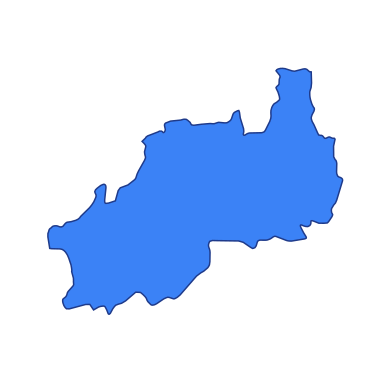 map outline of Uruzgan (Robinson projection), rotated 168°
{"feature_id": "AFG-1752", "entity_name": "Uruzgan", "entity_type": "Province", "adm_level": 1, "iso_a3": "AFG", "parent_name": "Afghanistan", "parent_adm1": "", "projection": "robinson", "projection_center": [66.006, 32.797], "detail": "fine", "context": "isolated", "style": "filled", "palette": "blue", "viewbox_px": 384, "rotation_deg": 168, "n_neighbors": 0, "source": "natural_earth", "source_scale": "10m", "svg_char_len": 4737}
<svg xmlns="http://www.w3.org/2000/svg" viewBox="0 0 384 384"><g transform="rotate(168 192 192)"><path d="M312.8,97.1L315.3,103.3L319.5,104.1L336.3,103.2L339.1,103.9L340.1,105.4L340.9,107.5L341.3,110.4L341.2,112.3L340.8,113.6L340.3,114.2L337.5,115.6L336.6,116.4L335.9,117.3L334.8,119.4L333.8,120.5L328.1,124.7L327.4,125.4L327.0,126.1L326.9,126.7L326.6,129.0L326.4,129.6L325.9,132.4L326.2,137.9L326.2,139.4L325.8,140.4L325.6,142.7L325.5,145.9L326.3,152.9L327.0,156.4L328.2,159.5L329.5,161.5L331.0,162.9L333.0,163.8L341.0,165.7L342.9,166.4L342.3,178.0L342.0,179.4L341.5,181.5L340.8,182.5L339.7,184.6L339.0,185.4L338.1,185.9L337.3,186.2L336.1,187.0L335.3,187.4L334.2,187.5L332.9,187.4L331.6,187.1L330.6,186.7L328.9,185.6L327.4,185.0L325.5,185.2L322.6,187.5L321.5,188.1L320.5,188.4L316.4,188.1L311.4,188.5L309.1,189.1L307.2,190.1L306.1,191.2L295.4,198.0L292.6,200.3L290.0,202.9L287.4,206.5L286.9,207.4L286.6,208.3L286.5,209.2L287.0,211.5L287.0,212.6L285.9,214.2L284.0,215.4L280.1,217.3L278.0,217.8L276.5,217.9L275.9,217.5L275.5,217.1L275.3,216.8L275.1,216.2L275.1,215.3L275.3,214.0L279.0,202.6L279.4,200.9L279.4,199.8L279.2,199.2L278.7,198.8L276.1,198.5L268.8,199.3L263.9,208.7L261.3,211.0L253.2,212.2L245.3,216.1L244.0,217.4L242.0,220.9L239.9,223.7L231.8,232.9L230.4,235.0L230.2,236.2L230.3,237.6L230.3,239.3L230.1,241.2L228.1,245.3L227.7,246.4L227.7,247.2L228.2,248.4L228.8,249.5L230.3,251.9L226.3,254.4L225.5,255.3L223.7,256.1L212.9,257.8L211.1,258.3L209.2,257.9L208.5,257.2L208.1,256.5L207.8,256.1L207.2,256.1L206.4,256.5L205.5,257.7L205.1,258.8L205.1,259.9L205.1,262.0L205.1,262.5L205.0,263.2L204.6,264.1L203.6,264.9L198.2,265.8L188.1,264.7L185.4,264.9L183.9,264.7L182.4,264.2L181.2,262.9L179.4,260.5L179.2,259.8L178.8,258.4L178.5,257.8L176.4,256.9L168.7,256.3L160.0,255.2L157.3,254.4L156.0,254.2L152.2,254.6L151.4,254.6L146.0,252.9L144.6,252.6L143.4,252.5L141.7,253.0L140.1,253.7L139.3,254.2L138.7,254.8L138.1,255.5L136.1,258.9L135.5,259.8L134.8,260.5L134.0,261.0L133.2,261.3L130.5,262.0L129.8,262.0L129.3,262.0L129.1,261.2L129.0,259.9L129.4,254.4L128.4,243.2L128.7,240.7L129.3,239.0L129.7,238.2L129.8,237.5L129.5,236.8L129.0,236.7L128.6,236.6L125.8,237.6L123.7,237.8L111.6,235.5L110.2,235.6L109.1,235.8L108.8,236.0L108.3,236.3L107.2,237.4L101.3,244.8L99.6,247.7L98.9,249.9L98.4,253.1L97.8,255.4L96.3,258.2L95.0,259.8L93.8,260.9L93.1,261.3L90.7,262.1L87.9,263.6L87.4,264.0L87.0,264.5L86.8,265.7L86.7,267.6L87.1,271.8L88.1,275.9L88.1,276.7L87.2,277.5L85.6,278.4L85.0,278.9L84.7,279.2L84.4,279.6L84.2,280.4L83.3,283.8L82.8,284.8L82.2,285.7L81.9,286.1L81.9,287.1L82.0,287.9L84.6,293.1L83.6,294.0L82.2,294.4L79.9,294.5L77.7,294.1L75.3,293.3L69.0,289.7L66.5,288.8L57.7,289.2L55.8,289.0L54.3,288.2L52.0,285.2L50.4,284.7L52.4,273.8L53.8,269.4L55.3,266.8L55.9,265.7L56.2,264.6L56.7,262.0L56.9,260.1L56.9,257.6L56.5,253.4L56.0,251.2L55.5,249.6L55.1,248.9L55.0,248.1L55.2,247.1L56.0,245.6L58.5,242.6L59.8,240.3L60.1,238.7L59.8,236.0L58.7,232.3L56.8,223.4L56.2,221.4L54.3,220.6L53.6,220.5L52.9,220.0L52.2,219.1L51.5,217.6L50.9,216.9L49.8,216.7L47.3,217.3L46.6,217.3L45.8,217.1L44.2,215.9L43.0,215.2L41.8,215.1L41.3,214.4L41.1,213.9L44.0,207.4L46.1,196.9L45.7,195.6L45.3,193.9L44.7,193.1L44.5,192.3L44.4,191.2L44.5,189.6L46.4,181.7L46.6,180.0L46.5,178.9L46.3,178.0L46.1,177.1L45.6,176.6L45.0,176.0L43.6,175.2L43.0,174.6L42.5,174.0L42.2,173.3L42.2,172.5L42.4,171.7L52.2,153.9L54.0,151.4L56.0,149.9L58.9,146.8L59.5,145.2L59.6,144.1L59.7,143.1L59.6,142.4L59.1,140.8L59.5,139.8L60.4,138.6L64.1,135.0L65.4,134.0L66.2,133.6L69.3,134.0L74.4,135.1L79.2,138.3L80.6,139.0L81.5,139.0L81.9,138.1L82.2,136.8L82.8,135.6L83.8,134.7L85.9,134.1L87.8,134.6L89.6,135.5L91.8,137.0L92.7,137.1L93.1,136.4L92.9,134.7L91.3,128.9L89.8,124.8L89.6,123.9L90.0,123.0L91.4,122.7L104.7,123.3L106.5,123.7L108.1,124.2L109.6,124.9L119.3,131.2L120.5,131.5L121.6,131.3L125.0,129.9L126.7,129.6L128.6,129.4L130.1,129.6L135.6,130.8L136.8,130.7L137.8,130.3L138.5,129.5L140.4,126.0L142.0,124.5L143.5,124.2L144.5,124.2L146.1,125.6L152.3,132.1L156.5,134.4L177.1,139.1L182.1,140.3L184.7,140.1L185.5,139.4L186.2,138.3L186.9,136.8L187.1,135.4L187.0,134.0L186.8,132.6L186.7,131.1L186.9,129.2L189.0,120.1L190.1,117.1L191.3,115.6L192.4,114.6L197.0,112.1L200.2,111.1L205.1,108.8L225.0,93.8L228.2,92.1L230.3,91.4L231.7,91.2L232.4,91.4L236.0,93.5L237.5,94.1L239.4,93.9L241.9,93.3L249.8,90.1L252.1,89.5L253.4,89.5L254.4,89.6L255.1,89.9L255.7,90.4L257.9,93.8L258.3,94.9L258.6,96.0L258.7,97.1L259.0,98.0L259.7,99.5L261.4,102.1L263.3,104.5L267.9,105.7L279.6,99.3L284.0,97.8L287.4,97.6L290.2,97.1L291.9,95.9L293.8,94.2L297.1,90.3L298.2,89.7L298.7,89.7L299.3,90.4L299.9,94.3L300.8,97.6L301.4,98.4L302.5,98.9L305.2,99.1L307.3,98.9L312.8,97.1Z" fill="#3b82f6" stroke="#1e3a8a" stroke-width="1.5"/></g></svg>